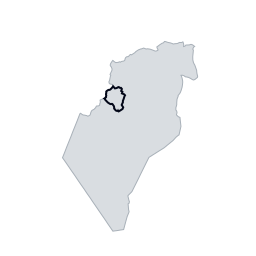 Ouaddaï on a map of Chad (Equal Earth projection), rotated 202°
{"feature_id": "TCD-1475", "entity_name": "Ouaddaï", "entity_type": "Prefecture", "adm_level": 1, "iso_a3": "TCD", "parent_name": "Chad", "parent_adm1": "", "projection": "equal_earth", "projection_center": [21.069, 13.569], "detail": "fine", "context": "in_parent", "style": "outline", "palette": "ink", "viewbox_px": 256, "rotation_deg": 202, "n_neighbors": 0, "source": "natural_earth", "source_scale": "10m", "svg_char_len": 4844}
<svg xmlns="http://www.w3.org/2000/svg" viewBox="0 0 256 256"><g transform="rotate(202 128 128)"><path d="M177.6,75.9L177.6,81.5L177.7,87.2L177.7,92.8L177.7,98.4L177.8,104.1L177.8,109.7L177.8,115.4L177.9,121.0L177.9,122.9L177.8,123.6L177.7,123.7L177.5,123.9L175.3,123.3L174.3,123.3L172.9,123.7L170.9,124.0L169.6,123.9L168.7,124.9L168.0,126.0L168.3,128.9L168.2,129.8L168.0,130.8L167.4,131.6L166.7,132.3L166.4,132.8L165.9,134.1L165.6,134.7L165.6,135.5L165.5,136.4L165.1,136.8L164.2,137.1L163.6,137.5L163.1,138.1L162.8,138.5L163.0,139.1L163.2,139.9L163.3,141.2L163.4,141.9L163.9,142.5L164.2,143.0L164.3,143.5L164.0,143.9L162.9,144.9L162.4,145.2L161.9,145.7L161.7,145.8L160.8,146.7L160.4,147.5L160.2,148.1L160.2,149.0L160.6,150.3L161.1,151.5L161.3,152.3L161.4,153.2L161.4,154.1L161.1,154.9L160.7,155.6L159.1,156.9L158.3,158.3L157.7,160.1L157.5,161.0L157.7,161.6L158.0,162.2L158.5,162.5L159.2,162.5L160.3,162.2L161.4,162.1L162.5,162.7L163.1,164.1L162.9,165.2L163.3,167.1L163.7,169.5L163.7,170.3L163.9,170.6L164.6,170.7L164.7,171.3L164.5,175.4L164.8,176.5L165.3,177.3L165.9,177.8L166.4,178.3L166.7,178.7L167.3,178.8L168.0,179.5L168.2,180.5L168.2,181.5L167.8,183.6L167.4,185.0L167.0,184.9L166.2,184.5L165.2,184.3L163.9,184.0L162.8,184.6L161.5,185.3L161.1,185.9L160.7,186.2L160.2,186.1L159.6,186.2L159.4,186.8L158.9,187.3L157.0,188.5L156.7,189.0L156.4,189.4L156.4,189.9L156.6,190.9L156.6,192.1L156.2,193.1L155.7,193.7L155.2,194.0L154.7,194.1L154.4,194.5L153.5,196.8L153.1,197.2L152.2,197.1L149.8,200.5L149.5,201.5L148.6,202.9L147.5,204.5L146.5,205.2L146.4,205.5L146.2,205.8L145.5,206.1L143.4,208.0L140.8,208.0L139.7,208.7L138.6,209.0L136.9,209.4L136.5,209.4L134.4,209.5L131.9,209.5L131.0,209.7L130.1,210.5L129.5,211.1L129.4,211.3L129.5,211.6L129.5,211.8L131.2,213.3L131.6,214.1L131.2,214.8L130.9,215.0L130.6,215.6L129.6,217.3L128.1,219.4L127.3,220.0L127.0,220.4L126.6,221.8L126.4,222.0L125.3,222.2L123.2,222.3L120.4,222.8L118.7,222.9L117.6,222.8L116.1,223.7L115.6,224.0L115.2,224.1L113.7,225.0L112.5,226.4L112.1,226.7L110.3,227.3L109.6,228.3L109.3,228.4L108.2,227.1L107.4,225.9L107.1,224.7L107.0,224.3L106.8,224.4L106.2,224.9L105.7,225.5L105.4,226.6L103.6,227.4L102.1,228.1L101.4,228.9L100.3,229.3L98.9,229.2L97.8,228.8L96.8,228.7L97.3,227.7L97.5,226.9L97.5,225.9L97.5,225.3L96.9,225.0L96.5,224.5L95.6,221.5L94.7,218.4L93.4,215.4L92.0,213.4L90.9,212.3L90.6,212.1L90.1,211.7L89.7,211.4L87.9,209.4L85.9,207.1L85.4,206.0L84.5,204.4L83.4,202.8L82.8,202.1L82.6,200.8L83.3,199.6L84.1,198.1L85.1,197.1L86.4,197.0L88.5,197.4L90.8,197.6L93.1,197.2L93.6,197.0L94.2,197.0L95.4,197.4L97.5,197.3L98.6,196.7L97.5,195.7L96.2,194.0L95.0,192.2L94.3,190.6L93.7,188.5L93.1,185.9L92.8,182.5L92.8,180.6L93.0,179.2L93.7,177.0L93.3,175.7L93.4,174.7L93.3,173.1L93.1,172.3L92.3,169.7L92.2,169.5L91.5,167.7L91.2,164.7L90.4,162.7L89.1,161.8L88.3,160.6L88.1,158.6L87.6,158.1L85.5,157.3L83.8,157.3L82.6,155.0L81.0,152.1L79.5,149.3L78.6,143.8L78.1,140.7L78.8,139.8L80.0,137.5L81.6,133.2L85.2,126.7L87.0,123.3L90.7,118.2L95.1,112.1L97.6,108.6L98.1,102.3L98.6,95.6L99.0,90.5L99.4,84.6L99.8,79.6L100.1,76.0L100.5,70.8L100.8,69.8L102.5,65.8L102.7,65.3L102.4,64.6L100.0,61.2L99.2,60.4L98.8,58.7L99.5,57.7L96.6,52.0L95.9,51.3L95.6,50.6L95.6,49.5L95.6,45.6L94.9,39.4L94.0,32.2L97.4,30.2L100.0,28.6L103.4,26.7L106.4,28.7L110.8,31.6L115.2,34.6L119.6,37.5L124.0,40.4L128.5,43.4L132.9,46.3L137.3,49.3L141.8,52.2L146.2,55.2L150.7,58.1L155.2,61.1L159.6,64.1L164.1,67.0L168.6,70.0L173.1,73.0L177.6,75.9Z" fill="#d9dde1" stroke="#a8b0b8" stroke-width="1"/><path d="M160.9,146.6L160.1,147.9L159.9,148.4L159.9,148.5L160.1,148.8L160.3,149.0L160.3,149.4L160.3,149.7L160.4,150.2L161.0,150.9L161.2,151.4L161.2,152.1L161.2,152.4L161.4,152.7L161.7,153.2L161.8,153.5L161.7,154.1L161.4,154.6L160.5,155.9L160.4,156.0L159.3,156.5L159.2,156.7L158.8,157.1L158.6,157.6L157.8,159.5L157.6,160.5L157.4,160.9L157.4,161.0L156.3,160.5L155.1,159.8L154.3,160.2L153.3,161.0L152.4,162.2L151.9,162.5L151.6,162.3L150.6,162.2L149.5,162.6L148.3,161.9L148.3,160.8L148.2,159.8L147.4,159.7L146.7,159.5L146.6,157.8L145.2,157.8L144.1,157.8L143.0,157.2L143.1,156.8L143.1,155.5L142.9,153.2L142.9,151.1L142.5,150.3L142.4,150.1L142.4,149.8L142.5,147.0L142.4,146.9L140.2,145.4L140.2,143.6L141.7,141.4L142.2,140.8L142.4,140.7L142.5,140.4L142.8,140.3L142.8,140.2L142.9,139.9L143.0,139.9L143.3,139.9L143.5,139.9L143.6,140.0L143.6,139.9L143.8,139.9L144.2,140.0L144.3,140.0L144.8,139.7L145.3,139.6L145.5,139.6L147.2,140.3L147.3,140.4L147.4,140.5L147.6,140.5L147.8,140.8L148.2,141.0L148.3,141.1L148.5,141.8L148.7,142.2L149.3,143.0L149.5,143.1L150.4,143.7L151.3,144.3L151.6,144.4L151.8,144.4L152.1,144.3L152.2,144.2L152.3,144.1L152.8,143.7L153.1,143.7L153.7,143.6L153.8,143.6L156.3,144.1L159.6,145.6L160.0,145.9L160.0,146.0L160.3,146.4L160.4,146.6L160.5,146.6L160.9,146.6L160.9,146.6Z" fill="none" stroke="#020617" stroke-width="2"/></g></svg>